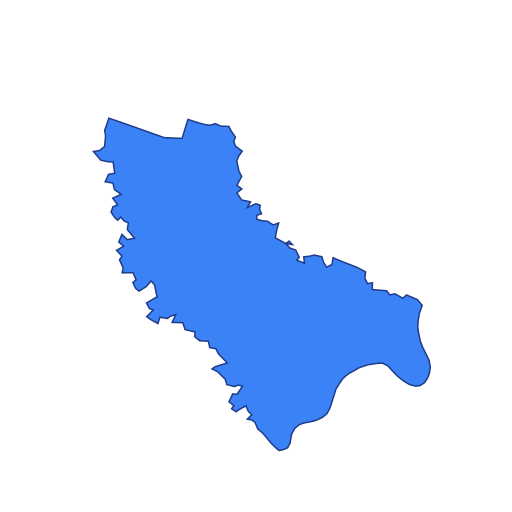 the district of Erval Grande, Rio Grande do Sul, Brazil, rotated 154°
{"feature_id": "56859067B56856517935555", "entity_name": "Erval Grande", "entity_type": "district", "adm_level": 2, "iso_a3": "BRA", "parent_name": "Brazil", "parent_adm1": "Rio Grande do Sul", "projection": "mercator", "projection_center": [-52.58, -27.365], "detail": "fine", "context": "isolated", "style": "filled", "palette": "blue", "viewbox_px": 512, "rotation_deg": 154, "n_neighbors": 0, "source": "geoboundaries", "source_scale": "gbopen_adm2", "svg_char_len": 2738}
<svg xmlns="http://www.w3.org/2000/svg" viewBox="0 0 512 512"><g transform="rotate(154 256 256)"><path d="M128.3,138.7L130.0,146.0L137.8,155.0L142.5,153.6L147.7,161.1L152.8,162.4L153.8,167.5L166.2,174.9L163.1,180.9L167.8,182.3L167.9,188.3L164.5,193.6L169.9,201.2L181.8,214.1L187.5,220.7L191.4,215.1L197.5,215.1L198.0,221.3L197.1,226.5L203.3,231.3L207.4,232.2L213.5,234.3L215.6,228.3L221.2,234.3L217.7,235.9L217.7,244.0L222.0,248.2L223.7,254.1L230.7,263.9L226.5,269.6L221.2,275.7L226.9,276.4L230.6,282.4L234.6,284.7L239.2,288.5L237.4,292.2L232.5,291.6L232.3,296.3L230.0,299.7L233.1,303.0L242.6,303.4L237.2,307.1L244.4,312.7L245.5,321.1L239.3,322.5L242.2,327.9L234.0,333.8L234.2,339.6L231.6,349.8L228.0,353.2L222.4,356.3L224.4,359.9L226.4,364.3L225.6,368.9L222.4,371.9L223.5,378.7L223.6,384.4L230.7,388.1L234.5,392.8L239.6,393.5L243.0,395.6L246.4,398.3L250.0,401.6L254.3,405.7L257.3,408.6L270.9,394.1L286.7,402.7L312.8,429.3L327.8,444.4L333.5,438.6L336.9,435.4L338.6,429.8L344.1,420.8L350.4,419.4L356.3,421.2L353.5,410.2L348.1,405.8L343.2,403.2L346.7,392.3L352.8,394.0L359.0,388.8L352.6,384.2L354.1,377.7L350.2,370.6L359.4,370.8L358.0,362.7L363.1,362.9L367.0,359.0L366.2,352.9L364.6,348.8L360.4,350.2L359.2,345.3L356.2,341.8L360.1,336.1L357.4,325.2L364.6,327.2L367.0,334.2L373.2,328.7L370.6,322.9L378.9,322.2L376.5,314.6L380.4,312.3L380.6,303.4L383.7,299.6L373.8,294.9L374.2,287.2L378.3,286.1L378.3,279.5L376.5,275.7L368.1,276.6L361.3,279.6L359.8,274.5L361.8,267.2L362.7,262.7L375.0,261.8L374.8,255.4L371.9,252.6L380.8,249.4L378.9,245.6L373.8,238.3L369.1,243.1L363.1,238.7L359.4,239.4L353.8,238.5L360.5,233.1L351.0,228.1L352.0,220.9L344.0,214.4L346.5,210.4L343.8,204.5L336.2,200.3L337.7,194.0L332.7,190.2L332.7,185.0L328.8,172.5L341.2,174.4L345.0,173.8L341.3,168.9L337.7,158.9L338.6,153.2L332.5,148.1L328.4,147.7L325.3,144.9L333.7,140.0L337.4,142.3L344.2,136.8L341.5,131.2L344.9,129.4L342.1,124.7L338.5,125.4L330.7,125.7L331.0,119.7L329.4,115.2L335.3,113.2L331.9,110.7L329.8,107.0L330.2,99.6L327.7,94.2L326.3,88.9L324.7,81.9L322.7,76.0L320.6,71.1L316.5,70.0L311.6,69.8L307.4,72.9L304.8,76.6L301.7,80.6L296.2,84.3L290.9,85.4L286.5,85.0L281.3,83.6L275.6,82.2L271.3,81.9L267.2,81.8L261.6,83.1L256.9,86.4L254.0,89.1L250.0,93.4L245.9,97.7L242.4,101.4L236.4,105.1L231.9,107.7L227.4,109.0L223.1,109.8L217.9,109.9L212.7,110.4L208.4,109.9L203.3,109.2L199.0,107.9L194.3,106.4L189.5,104.4L185.7,99.6L183.4,91.9L181.6,86.2L179.7,82.2L177.7,78.2L174.4,73.2L169.6,69.1L165.5,67.6L160.0,68.3L155.4,71.0L151.6,74.6L148.1,79.5L146.2,86.2L146.1,92.4L146.2,96.6L146.2,101.1L145.6,107.6L143.6,115.5L141.8,121.1L138.8,126.6L133.9,133.3L128.3,138.7ZM223.7,254.1L218.3,250.3L219.7,254.9L223.7,254.1Z" fill="#3b82f6" stroke="#1e3a8a" stroke-width="1.5"/></g></svg>